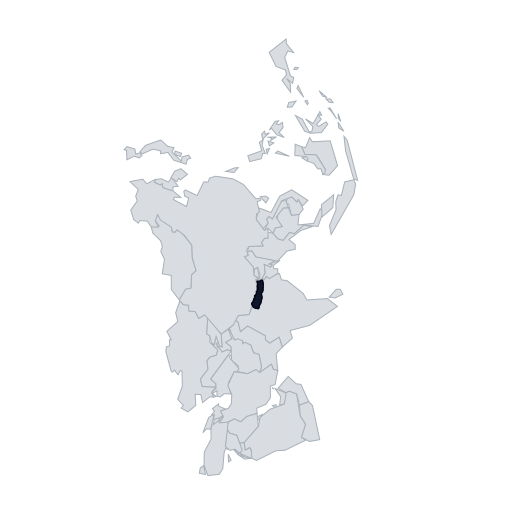 Nepal on a map of Asia (Albers equal-area conic projection), rotated 259°
{"feature_id": "NPL", "entity_name": "Nepal", "entity_type": "country or territory", "adm_level": 0, "iso_a3": "NPL", "parent_name": "Asia", "parent_adm1": "", "projection": "albers", "projection_center": [84.322, 28.374], "detail": "fine", "context": "in_parent", "style": "filled", "palette": "ink", "viewbox_px": 512, "rotation_deg": 259, "n_neighbors": 45, "source": "natural_earth", "source_scale": "50m", "svg_char_len": 15105}
<svg xmlns="http://www.w3.org/2000/svg" viewBox="0 0 512 512"><g transform="rotate(259 256 256)"><path d="M226.4,172.6L222.1,175.4L220.5,180.6L215.0,179.4L212.9,185.8L205.7,187.9L208.1,194.3L206.3,197.3L188.9,192.8L186.5,195.5L179.9,194.1L171.6,200.7L166.2,198.1L165.4,191.1L162.4,187.9L154.0,187.3L145.7,177.9L138.1,178.4L135.1,191.6L130.6,186.6L125.6,187.3L126.6,183.7L122.3,175.6L130.4,175.4L131.9,169.9L120.8,168.4L116.0,159.4L121.0,153.5L123.0,156.2L130.4,151.8L142.2,158.8L157.1,161.4L158.0,159.9L154.3,156.7L159.4,154.2L158.0,151.6L159.4,150.7L179.4,149.3L183.9,150.6L184.3,154.1L190.3,155.0L189.9,156.8L199.1,154.1L206.7,166.8L215.6,166.3L226.4,172.6Z" fill="#d9dde1" stroke="#a8b0b8" stroke-width="1"/><path d="M135.1,191.6L138.1,178.4L145.7,177.9L154.0,187.3L162.4,187.9L165.4,191.1L166.2,198.1L170.5,200.6L179.1,195.7L177.2,198.2L184.7,201.5L180.7,203.8L177.2,203.1L177.7,200.4L173.7,200.8L170.7,204.9L168.3,204.4L169.6,210.0L167.4,213.5L143.9,188.1L138.3,192.3L135.1,191.6Z" fill="#d9dde1" stroke="#a8b0b8" stroke-width="1"/><path d="M453.4,307.8L463.3,327.0L458.5,326.4L448.5,331.7L451.2,326.4L445.6,322.1L426.1,324.2L424.1,327.1L418.5,324.8L424.4,320.0L418.6,322.5L410.2,321.2L423.6,315.0L428.0,320.5L432.9,320.5L438.3,311.8L453.4,307.8ZM396.8,354.6L395.9,359.1L391.8,360.9L393.0,357.2L396.8,354.6ZM432.7,333.5L431.3,331.4L432.0,328.6L433.9,330.5L432.7,333.5ZM354.4,321.7L353.0,325.4L362.0,331.3L357.4,333.1L354.9,350.8L329.1,353.3L321.4,343.2L323.2,337.2L327.6,340.6L340.7,336.0L343.8,334.4L346.3,323.3L354.4,321.7ZM402.7,333.1L412.7,328.1L415.2,329.9L402.7,333.1ZM399.1,335.9L396.0,336.4L394.7,335.3L398.8,333.6L399.1,335.9ZM396.1,315.1L400.4,317.4L400.5,324.9L395.4,319.7L396.1,315.1ZM369.2,327.6L386.4,321.5L381.6,327.5L367.5,332.0L367.7,334.7L372.2,336.5L381.1,330.8L375.1,337.4L385.5,346.2L381.6,347.3L382.7,344.0L377.7,346.0L373.6,340.4L371.2,342.3L374.3,350.4L371.7,351.7L364.7,343.8L366.1,332.8L369.2,327.6ZM380.0,363.8L371.8,364.9L375.7,363.1L380.0,363.8ZM375.3,361.3L383.8,357.5L387.3,355.1L387.2,357.0L375.3,361.3ZM365.9,361.7L371.7,362.1L361.8,366.0L365.9,361.7ZM313.2,366.6L342.3,364.0L356.7,365.2L352.1,367.6L310.8,370.2L313.2,366.6ZM299.1,351.3L311.8,357.2L312.2,366.6L307.4,367.5L297.3,363.6L262.8,333.9L271.8,333.9L286.0,343.3L294.1,344.7L300.4,348.2L299.1,351.3Z" fill="#d9dde1" stroke="#a8b0b8" stroke-width="1"/><path d="M397.9,355.9L400.4,351.7L406.2,349.5L397.9,355.9Z" fill="#d9dde1" stroke="#a8b0b8" stroke-width="1"/><path d="M66.7,200.8L62.0,204.7L58.3,212.9L58.9,206.0L64.2,200.6L66.7,200.8Z" fill="#d9dde1" stroke="#a8b0b8" stroke-width="1"/><path d="M70.4,198.5L64.3,200.6L70.5,196.9L70.4,198.5Z" fill="#d9dde1" stroke="#a8b0b8" stroke-width="1"/><path d="M64.5,203.5L61.1,206.4L63.7,202.6L64.5,203.5Z" fill="#d9dde1" stroke="#a8b0b8" stroke-width="1"/><path d="M64.5,203.5L75.6,204.1L75.1,208.8L67.6,208.5L69.2,213.3L61.3,215.5L58.3,212.9L64.5,203.5Z" fill="#d9dde1" stroke="#a8b0b8" stroke-width="1"/><path d="M105.1,250.7L113.2,253.4L122.3,249.4L115.1,260.3L105.3,255.7L105.1,250.7Z" fill="#d9dde1" stroke="#a8b0b8" stroke-width="1"/><path d="M103.1,248.1L103.6,245.4L106.1,243.6L106.2,247.2L103.1,248.1Z" fill="#d9dde1" stroke="#a8b0b8" stroke-width="1"/><path d="M97.5,225.3L99.3,231.9L94.1,228.0L97.5,225.3Z" fill="#d9dde1" stroke="#a8b0b8" stroke-width="1"/><path d="M75.1,208.8L75.6,204.1L83.7,202.9L87.1,196.3L92.7,194.3L98.3,197.0L100.3,203.7L96.3,209.2L100.4,216.5L101.4,227.0L88.3,225.8L75.1,208.8Z" fill="#d9dde1" stroke="#a8b0b8" stroke-width="1"/><path d="M116.0,259.6L122.0,252.4L131.6,264.7L123.0,270.9L121.4,275.6L102.9,280.0L101.3,270.3L112.8,269.5L116.9,262.7L116.0,259.6ZM123.5,247.3L121.9,247.9L123.2,246.9L123.5,247.3Z" fill="#d9dde1" stroke="#a8b0b8" stroke-width="1"/><path d="M288.6,306.2L289.0,298.5L300.7,297.9L301.9,295.0L306.8,298.0L307.2,302.4L301.3,306.4L303.4,308.3L293.0,311.3L288.6,306.2Z" fill="#d9dde1" stroke="#a8b0b8" stroke-width="1"/><path d="M297.3,297.0L289.0,298.5L288.6,306.2L278.5,303.1L277.0,318.8L290.1,328.0L286.4,330.4L273.2,322.5L277.2,308.9L270.5,297.7L272.7,293.4L266.1,285.6L268.7,280.5L275.1,277.0L279.8,280.0L280.0,287.4L287.4,283.3L293.4,285.7L297.9,292.0L297.3,297.0Z" fill="#d9dde1" stroke="#a8b0b8" stroke-width="1"/><path d="M305.5,295.7L297.3,297.0L297.9,292.0L290.2,283.1L280.0,287.4L279.8,280.0L275.1,277.0L280.7,273.3L279.6,269.1L285.9,274.1L290.3,273.4L292.3,276.4L289.3,279.3L304.0,289.5L305.5,295.7Z" fill="#d9dde1" stroke="#a8b0b8" stroke-width="1"/><path d="M275.1,277.0L268.7,280.5L266.1,285.6L272.7,293.4L270.5,297.7L277.2,308.9L274.1,316.6L272.5,304.9L265.9,291.4L259.7,296.6L255.1,295.7L255.0,287.5L246.7,275.8L255.1,255.6L261.7,253.0L261.9,248.5L266.7,250.8L264.6,264.9L268.2,263.9L271.8,267.7L271.2,271.0L278.0,271.1L275.1,277.0Z" fill="#d9dde1" stroke="#a8b0b8" stroke-width="1"/><path d="M296.3,311.3L303.4,308.3L301.3,306.4L307.2,302.4L305.4,291.9L289.3,279.3L292.3,276.4L290.3,273.4L285.9,274.1L281.3,268.3L291.8,263.2L302.6,268.1L295.8,279.0L310.2,290.7L314.2,303.6L300.7,317.6L296.3,311.3Z" fill="#d9dde1" stroke="#a8b0b8" stroke-width="1"/><path d="M350.3,171.7L349.8,177.9L345.3,184.1L349.0,188.3L339.3,192.9L339.7,187.7L335.8,186.9L337.3,183.8L340.7,177.6L344.9,177.5L343.8,175.8L347.7,170.3L350.3,171.7Z" fill="#d9dde1" stroke="#a8b0b8" stroke-width="1"/><path d="M344.0,192.6L349.1,187.3L354.8,192.5L356.0,198.9L349.3,204.3L345.1,196.3L347.1,195.0L344.0,192.6Z" fill="#d9dde1" stroke="#a8b0b8" stroke-width="1"/><path d="M227.5,172.3L239.3,166.5L253.1,169.1L256.4,160.6L270.1,165.5L278.5,163.4L283.4,165.9L289.3,165.2L298.1,159.1L304.5,158.7L304.0,166.7L309.9,163.9L315.4,166.0L300.4,178.5L295.8,178.5L294.8,181.1L296.8,183.4L293.5,187.4L278.7,195.1L266.2,193.1L253.1,194.4L249.6,189.1L236.9,186.2L236.7,180.5L227.5,172.3Z" fill="#d9dde1" stroke="#a8b0b8" stroke-width="1"/><path d="M261.9,248.5L261.7,253.0L255.1,255.6L247.9,273.5L245.6,267.6L244.2,270.2L242.2,268.3L246.1,262.5L237.5,261.8L232.7,257.5L231.5,260.1L234.1,262.1L231.3,265.0L233.4,265.9L234.5,275.6L227.7,276.5L226.0,281.7L210.2,295.2L203.1,297.5L200.6,318.0L191.0,326.3L177.7,295.6L176.3,275.2L168.4,276.1L161.6,264.5L171.9,263.2L167.8,252.8L172.0,249.2L175.8,250.0L188.8,234.4L184.6,226.2L194.6,225.7L197.8,222.7L201.0,227.3L199.9,238.0L207.5,243.3L204.0,248.5L214.7,254.2L231.0,257.7L233.0,251.2L233.5,255.0L236.7,256.3L244.4,255.4L243.1,251.9L257.4,244.4L258.2,248.3L261.9,248.5Z" fill="#d9dde1" stroke="#a8b0b8" stroke-width="1"/><path d="M245.6,267.6L247.2,278.8L243.3,271.1L240.0,271.1L239.4,274.8L234.9,274.2L231.3,265.0L234.1,262.1L231.5,260.1L232.7,257.5L237.5,261.8L246.1,262.5L242.2,268.3L244.2,270.2L245.6,267.6Z" fill="#d9dde1" stroke="#a8b0b8" stroke-width="1"/><path d="M243.1,251.9L244.4,255.4L233.5,255.0L237.3,250.2L243.1,251.9Z" fill="#d9dde1" stroke="#a8b0b8" stroke-width="1"/><path d="M197.8,222.7L194.6,225.7L184.6,226.2L188.8,234.4L175.8,250.0L172.0,249.2L167.8,252.8L171.9,263.2L161.6,264.5L156.3,257.1L139.4,255.5L141.6,251.4L146.8,250.4L140.8,237.3L145.9,240.2L158.8,240.2L161.5,235.1L169.5,233.9L179.5,217.4L189.9,216.0L192.8,220.8L197.8,222.7Z" fill="#d9dde1" stroke="#a8b0b8" stroke-width="1"/><path d="M158.0,212.2L171.6,214.0L177.1,209.6L179.5,216.5L184.2,214.1L189.9,216.0L177.5,218.8L178.2,222.4L175.4,226.6L172.4,226.1L173.4,228.8L169.5,233.9L161.5,235.1L158.8,240.2L145.9,240.2L140.8,237.3L144.4,234.5L142.1,225.3L146.2,215.7L151.5,217.7L158.0,212.2Z" fill="#d9dde1" stroke="#a8b0b8" stroke-width="1"/><path d="M167.4,213.5L169.6,210.0L168.3,204.4L177.7,200.4L178.4,203.1L173.5,205.3L186.1,207.0L189.4,214.8L179.5,216.5L177.1,209.6L171.6,214.0L167.4,213.5Z" fill="#d9dde1" stroke="#a8b0b8" stroke-width="1"/><path d="M179.1,195.7L186.5,195.5L188.9,192.8L206.3,197.3L186.1,207.0L173.5,205.3L174.0,203.2L184.7,201.5L177.2,198.2L179.1,195.7Z" fill="#d9dde1" stroke="#a8b0b8" stroke-width="1"/><path d="M125.6,187.3L130.6,186.6L133.5,191.4L138.3,192.3L143.9,188.1L163.9,209.8L163.5,212.1L161.3,210.6L149.0,217.7L146.2,215.7L146.5,212.5L136.3,204.4L125.3,205.0L126.9,198.6L124.4,193.8L125.9,190.9L131.2,192.0L129.4,187.0L125.8,189.9L125.6,187.3Z" fill="#d9dde1" stroke="#a8b0b8" stroke-width="1"/><path d="M101.4,227.0L100.4,216.5L96.3,209.2L100.3,203.7L97.7,193.6L99.1,188.4L104.1,192.8L110.6,191.5L111.7,199.7L115.8,203.7L124.8,205.8L134.2,203.6L146.5,212.5L142.1,225.3L144.4,234.5L140.8,237.3L146.8,250.4L141.6,251.4L139.4,255.5L126.1,250.2L125.7,245.3L114.0,243.0L108.6,237.4L106.5,227.7L101.4,227.0Z" fill="#d9dde1" stroke="#a8b0b8" stroke-width="1"/><path d="M65.5,202.7L70.4,198.5L70.1,193.4L74.6,189.5L91.3,194.4L87.1,196.3L83.7,202.9L68.3,205.4L65.5,202.7Z" fill="#d9dde1" stroke="#a8b0b8" stroke-width="1"/><path d="M105.2,193.0L98.8,185.0L99.7,182.0L104.9,184.9L105.2,193.0Z" fill="#d9dde1" stroke="#a8b0b8" stroke-width="1"/><path d="M98.3,197.0L74.6,189.5L71.4,192.3L72.7,189.4L68.8,187.1L53.6,182.8L48.7,178.3L49.6,166.8L60.7,165.1L73.4,167.8L84.9,177.0L97.6,179.3L101.4,188.0L99.1,188.4L98.3,197.0ZM53.5,158.9L58.7,160.9L60.2,164.5L51.2,164.8L53.5,158.9Z" fill="#d9dde1" stroke="#a8b0b8" stroke-width="1"/><path d="M208.0,328.5L207.3,332.3L202.0,334.0L199.7,325.8L201.7,320.0L208.0,328.5Z" fill="#d9dde1" stroke="#a8b0b8" stroke-width="1"/><path d="M310.2,279.5L306.2,275.8L313.4,271.5L312.9,277.1L310.2,279.5ZM186.1,207.0L208.1,194.3L205.7,187.9L212.9,185.8L215.0,179.4L220.5,180.6L222.1,175.4L227.5,172.3L236.7,180.5L236.9,186.2L249.6,189.1L253.1,194.4L266.2,193.1L278.7,195.1L290.4,189.4L296.8,183.4L294.8,181.1L295.8,178.5L300.4,178.5L309.5,169.1L315.5,167.3L309.9,163.9L303.0,165.5L304.5,158.7L311.0,155.9L312.9,148.8L310.7,146.7L315.1,142.9L325.0,141.8L332.8,150.0L337.6,149.3L343.8,153.1L353.1,146.5L353.0,159.6L347.8,162.5L350.3,171.7L347.7,170.3L343.8,175.8L344.9,177.5L340.7,177.6L335.8,186.9L327.8,193.5L329.3,187.1L327.2,185.7L317.8,197.2L325.8,201.0L328.3,197.4L333.3,197.5L334.4,199.2L326.6,209.7L338.7,218.8L337.8,223.1L341.4,225.4L342.0,231.6L336.2,248.1L328.7,257.2L312.3,266.7L311.9,270.8L310.0,271.5L309.0,267.4L298.8,267.8L297.0,264.4L291.8,263.2L279.6,269.1L280.7,273.3L271.2,271.0L271.8,267.7L268.2,263.9L264.6,264.9L266.7,250.8L263.8,248.0L258.2,248.3L257.4,244.4L245.8,251.3L237.3,250.2L233.4,254.2L233.0,251.2L223.2,251.0L199.9,238.0L201.0,227.3L192.8,220.8L186.1,207.0Z" fill="#d9dde1" stroke="#a8b0b8" stroke-width="1"/><path d="M344.8,242.5L346.6,251.9L346.1,255.4L342.2,250.3L344.8,242.5Z" fill="#d9dde1" stroke="#a8b0b8" stroke-width="1"/><path d="M108.5,181.9L111.6,185.7L114.5,184.1L118.0,191.1L115.6,190.7L111.6,196.8L110.6,191.5L105.2,193.0L103.9,188.1L103.7,182.8L107.8,184.8L108.5,181.9ZM104.1,192.8L102.3,191.6L101.4,188.0L103.8,189.8L104.1,192.8Z" fill="#d9dde1" stroke="#a8b0b8" stroke-width="1"/><path d="M92.7,170.2L106.6,178.8L108.4,184.6L94.6,178.4L95.7,174.4L92.7,170.2Z" fill="#d9dde1" stroke="#a8b0b8" stroke-width="1"/><path d="M358.9,289.8L354.1,286.4L358.9,286.4L358.9,289.8ZM369.0,298.8L366.7,292.4L368.8,294.1L370.4,289.8L369.0,298.8ZM377.1,293.1L384.5,300.4L384.4,304.0L381.7,301.0L380.6,303.4L382.1,307.4L376.9,307.0L372.7,302.1L367.0,306.4L371.2,299.3L378.3,295.7L377.1,293.1ZM354.9,297.4L347.5,307.8L353.3,294.7L354.9,297.4ZM355.9,267.1L358.2,281.7L366.9,281.0L368.9,285.2L363.5,283.1L354.8,284.7L355.3,281.9L350.5,279.9L349.9,267.9L355.9,267.1ZM363.6,295.1L361.6,290.2L366.5,289.7L363.6,295.1ZM374.5,284.7L376.9,288.2L373.8,288.3L374.4,292.7L369.5,284.9L374.5,284.7Z" fill="#d9dde1" stroke="#a8b0b8" stroke-width="1"/><path d="M281.7,328.3L293.8,330.0L301.3,343.9L288.8,340.6L281.7,328.3ZM354.4,321.7L346.3,323.3L343.8,334.4L327.6,340.6L324.4,339.3L323.2,337.2L329.4,336.4L329.6,333.3L335.8,330.4L339.5,324.3L344.2,323.8L347.2,313.3L358.3,315.8L354.4,321.7Z" fill="#d9dde1" stroke="#a8b0b8" stroke-width="1"/><path d="M343.6,319.8L344.2,323.8L341.7,325.6L339.5,324.3L343.6,319.8Z" fill="#d9dde1" stroke="#a8b0b8" stroke-width="1"/><path d="M385.7,168.6L388.1,184.5L380.3,190.5L378.0,196.3L374.2,193.3L363.3,200.9L367.4,202.3L367.9,209.1L364.5,210.6L363.9,207.1L359.5,204.9L365.8,193.5L374.5,189.3L374.6,181.8L377.3,182.6L380.6,175.2L378.0,164.0L380.5,162.0L385.7,168.6ZM384.4,149.1L385.5,146.8L388.0,150.1L384.2,157.5L379.0,157.4L379.4,161.7L376.5,163.2L374.5,160.1L377.2,155.4L375.1,147.6L384.4,149.1ZM368.0,200.7L371.2,195.6L374.5,196.5L371.0,202.6L368.0,200.7Z" fill="#d9dde1" stroke="#a8b0b8" stroke-width="1"/><path d="M101.3,270.3L102.9,280.0L98.5,282.9L63.6,283.5L63.7,273.3L69.4,266.0L81.4,272.5L90.7,268.8L101.3,270.3Z" fill="#d9dde1" stroke="#a8b0b8" stroke-width="1"/><path d="M58.2,213.4L66.9,214.4L69.2,213.3L67.6,208.5L75.1,208.8L88.3,225.8L96.8,229.3L102.9,240.4L105.3,255.7L116.0,259.6L116.9,262.7L112.8,269.5L90.7,268.8L81.4,272.5L69.4,266.0L65.7,269.6L59.8,247.4L61.0,238.1L55.2,217.5L58.2,213.4Z" fill="#d9dde1" stroke="#a8b0b8" stroke-width="1"/><path d="M66.7,190.9L60.4,192.6L59.1,189.8L66.7,190.9Z" fill="#d9dde1" stroke="#a8b0b8" stroke-width="1"/><path d="M231.0,252.1L231.1,252.4L231.1,252.6L231.0,253.0L230.8,253.3L230.7,253.9L230.6,255.0L231.1,255.7L231.2,256.2L231.3,256.5L231.1,257.0L230.9,257.6L230.8,257.8L230.7,257.8L230.2,257.6L229.9,257.7L229.5,257.8L229.1,257.8L228.7,257.7L228.3,258.0L227.9,257.9L227.6,257.7L227.4,257.3L226.5,257.7L226.3,257.7L225.8,257.5L225.3,257.3L225.1,257.2L224.7,257.1L224.3,257.1L223.9,257.0L223.4,257.1L223.2,257.1L222.9,256.7L222.7,256.3L222.4,256.2L222.0,256.4L221.5,256.6L221.3,256.6L221.1,256.5L221.0,256.2L220.9,256.2L220.5,256.1L220.2,255.9L219.4,255.5L219.3,255.3L219.3,254.9L219.2,254.7L218.7,254.3L217.8,254.0L217.4,253.8L217.1,253.9L216.7,254.0L216.2,254.1L215.5,253.9L215.2,253.9L214.9,254.1L214.6,254.2L214.4,254.1L213.9,253.9L213.4,253.8L212.8,253.6L212.7,253.3L212.6,253.0L212.4,253.0L211.8,253.0L211.3,252.7L210.7,252.3L210.4,252.1L210.1,252.1L209.8,252.3L209.5,252.1L209.1,251.8L208.6,251.5L208.0,251.0L207.8,250.8L207.7,250.6L207.5,250.4L207.0,250.1L206.6,249.9L206.2,249.6L205.9,249.4L205.6,249.1L205.4,249.1L205.3,249.3L205.0,249.3L204.7,249.1L204.4,248.8L204.2,248.6L203.9,248.4L203.9,248.2L204.0,247.8L204.1,247.4L204.3,247.3L204.5,247.0L204.6,246.6L204.6,246.2L204.8,245.6L205.1,245.0L205.6,244.4L205.9,244.2L206.1,244.0L206.6,243.6L206.9,243.4L207.1,243.3L207.3,243.7L207.5,243.9L208.0,243.7L208.6,242.8L209.3,242.6L210.0,242.7L210.6,242.9L210.8,243.2L210.9,243.5L211.0,243.7L211.2,243.9L212.1,244.4L212.6,244.8L213.3,245.4L213.8,245.6L214.3,245.6L214.5,245.9L214.9,246.3L215.3,246.8L215.7,247.3L216.0,247.3L216.4,247.1L216.9,246.9L217.1,247.0L217.4,247.2L217.5,247.4L217.7,247.9L217.8,248.3L218.1,248.5L218.4,248.8L218.6,248.9L219.3,249.3L219.5,249.5L219.9,249.7L220.7,249.5L220.8,249.5L221.0,249.6L220.8,250.0L220.7,250.4L220.8,250.6L221.1,250.7L221.8,250.8L222.7,250.7L223.0,251.0L223.3,251.3L223.5,251.8L223.7,252.1L223.8,252.1L224.0,252.0L224.1,251.8L224.1,251.5L224.3,251.3L224.5,251.7L224.9,251.9L225.2,252.0L225.5,252.0L225.6,251.9L225.7,251.4L225.9,251.4L226.1,251.4L226.2,251.5L226.3,251.7L226.7,251.7L227.0,251.9L227.3,252.0L227.7,252.3L228.2,252.4L228.8,252.4L229.1,252.4L229.3,252.4L229.5,252.4L230.1,252.1L230.4,252.1L230.7,252.1L231.0,252.1Z" fill="#0f172a" stroke="#020617" stroke-width="1.5"/></g></svg>